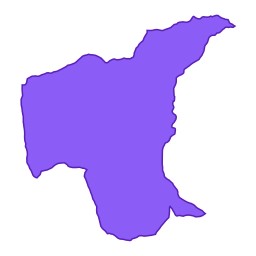 the district of Phongme, Tashigang, Bhutan
{"feature_id": "84629894B40086138337966", "entity_name": "Phongme", "entity_type": "district", "adm_level": 2, "iso_a3": "BTN", "parent_name": "Bhutan", "parent_adm1": "Tashigang", "projection": "mercator", "projection_center": [91.76, 27.408], "detail": "fine", "context": "isolated", "style": "filled", "palette": "violet", "viewbox_px": 256, "rotation_deg": 0, "n_neighbors": 0, "source": "geoboundaries", "source_scale": "gbopen_adm2", "svg_char_len": 5752}
<svg xmlns="http://www.w3.org/2000/svg" viewBox="0 0 256 256"><path d="M37.0,177.8L37.5,177.5L37.8,176.9L40.1,174.6L41.2,171.3L44.1,170.6L47.3,169.9L51.8,167.8L55.0,165.0L57.9,163.5L61.3,163.0L64.5,162.8L67.3,164.8L68.1,166.1L69.7,166.9L72.6,167.5L76.6,167.5L79.5,167.2L82.7,168.2L84.4,168.4L86.9,169.7L85.0,172.6L84.3,176.3L85.9,179.6L87.3,183.4L88.3,186.6L89.7,189.3L90.8,192.6L92.0,195.6L92.8,198.8L94.3,201.3L95.4,204.1L96.8,206.7L96.6,210.2L96.9,213.3L98.5,216.5L99.4,220.1L100.2,223.3L100.9,226.4L102.7,228.8L105.6,231.3L107.4,233.7L109.6,233.4L111.2,234.0L113.1,234.4L114.9,235.6L116.3,236.7L117.7,238.0L119.9,239.0L123.3,239.3L125.9,240.0L128.5,240.3L130.0,240.6L131.1,240.1L132.0,238.9L134.4,238.2L137.0,237.3L138.9,235.9L141.3,235.6L144.1,236.1L145.7,236.0L151.2,235.3L153.4,234.8L155.5,234.3L156.4,232.3L159.6,228.4L161.2,226.0L163.0,223.9L165.6,220.8L167.7,218.6L168.8,217.6L169.3,213.7L169.5,211.0L169.5,208.5L169.6,206.9L170.1,206.4L170.8,207.3L172.0,208.7L172.9,210.4L174.1,212.2L174.8,213.9L175.7,215.3L176.9,216.0L179.1,215.4L183.2,216.2L185.4,215.4L187.4,215.1L189.4,215.1L193.5,215.9L195.3,216.8L197.9,216.7L200.0,216.5L202.4,215.6L204.5,214.2L205.3,213.6L203.8,212.4L202.1,210.6L199.7,209.4L196.8,207.7L194.3,205.2L191.5,203.6L188.9,202.8L186.5,201.8L183.3,200.0L179.3,197.4L177.8,194.1L177.8,191.8L177.1,189.8L175.4,187.8L173.4,185.1L172.6,183.3L171.4,182.3L169.0,180.1L167.0,179.0L164.5,176.7L164.0,173.9L162.6,170.3L162.6,167.1L162.2,164.0L162.4,150.6L162.9,148.0L163.2,147.2L164.4,144.9L165.0,143.4L166.0,142.7L166.9,142.4L167.8,141.9L169.3,140.5L169.3,139.9L169.6,139.3L170.0,138.9L170.2,138.3L170.3,137.7L170.6,137.1L171.1,136.6L171.5,136.2L172.0,135.8L172.5,135.4L173.1,135.0L173.6,134.7L174.2,134.4L174.7,134.1L174.9,133.5L175.1,132.2L175.2,131.6L175.2,130.9L175.3,130.3L175.4,129.6L175.3,129.0L175.0,128.4L174.5,128.1L173.9,128.0L173.2,127.8L172.6,127.6L172.1,127.4L171.9,126.9L171.8,126.2L171.9,125.6L172.1,125.0L172.4,124.4L172.7,123.8L173.1,123.3L174.0,122.4L174.4,121.9L174.7,121.3L175.0,120.8L175.3,120.4L175.6,119.8L175.9,119.2L176.0,118.6L176.2,117.3L176.2,116.7L176.0,116.1L175.8,115.5L175.4,115.0L175.0,114.7L174.4,114.4L173.9,114.0L173.4,113.6L173.0,113.1L172.6,112.6L172.3,112.0L172.2,111.4L172.3,110.9L172.6,110.3L172.8,109.7L173.1,109.2L173.5,108.6L173.7,107.8L173.8,106.9L173.5,106.2L173.3,105.7L173.0,105.1L172.8,104.4L172.8,103.8L172.8,102.9L173.0,102.4L173.3,101.1L174.0,101.2L174.3,100.6L174.5,99.9L174.5,99.2L174.6,98.1L174.6,97.3L174.7,96.7L174.0,95.6L174.0,93.6L173.8,91.3L173.7,89.0L173.8,88.2L174.1,87.5L175.6,84.3L176.1,82.6L176.3,81.1L176.3,80.0L176.2,78.2L177.0,77.1L177.7,76.5L178.8,75.8L180.0,75.2L181.3,74.7L182.4,74.0L183.0,73.6L183.6,73.0L183.8,72.4L183.9,70.5L184.1,69.8L184.7,69.0L185.2,68.6L186.2,68.0L187.1,67.4L187.8,66.8L188.6,66.3L189.4,65.7L190.2,65.0L191.2,64.2L192.7,63.1L194.1,62.3L194.9,61.8L195.5,61.4L197.4,60.4L198.6,59.7L199.4,58.9L199.6,58.3L200.6,57.0L202.0,55.2L203.3,52.2L203.8,51.3L204.2,49.5L204.5,47.5L204.7,46.8L204.8,46.2L205.2,45.3L206.5,43.8L206.9,43.2L207.5,42.2L207.8,41.3L208.2,39.9L208.7,38.6L208.9,37.6L210.0,36.5L210.7,36.1L211.8,35.3L212.5,35.3L213.4,35.3L214.5,35.2L215.1,35.1L216.1,34.0L216.9,33.0L218.1,33.0L219.2,32.7L219.9,32.3L221.8,30.5L222.4,29.8L223.2,29.2L224.0,28.7L224.6,28.1L225.6,27.3L226.2,27.2L227.8,27.2L228.6,27.5L229.3,27.3L230.0,27.0L231.4,27.1L232.3,27.3L233.2,27.3L234.9,26.1L233.4,25.2L232.4,24.3L231.6,24.0L230.6,23.6L230.0,23.2L229.5,22.7L229.2,22.0L228.8,21.2L228.4,20.2L228.0,19.6L227.3,19.6L226.6,19.5L224.9,19.2L224.2,18.8L223.3,18.5L222.2,18.2L220.9,17.6L219.3,16.5L218.0,15.5L216.9,15.4L215.9,15.5L215.0,15.8L213.6,16.2L212.6,16.6L211.8,16.7L211.4,16.4L210.8,16.1L210.2,16.4L208.9,17.0L207.7,17.1L206.4,17.1L205.2,17.0L204.0,16.8L202.9,16.9L202.1,17.1L201.6,17.6L200.9,18.2L200.3,18.7L199.1,18.9L198.3,18.8L197.6,18.6L196.4,18.2L195.3,17.5L193.8,16.4L193.2,16.6L192.7,17.1L192.2,17.8L191.7,18.6L191.2,19.5L190.5,20.5L189.6,21.2L187.9,22.0L186.2,22.3L185.2,22.2L184.2,22.0L183.3,21.9L182.6,21.9L181.6,22.0L180.6,22.1L179.6,22.3L178.7,22.5L178.1,22.7L177.6,23.1L177.3,23.6L176.7,24.0L175.0,24.3L174.2,24.6L173.7,24.9L172.9,25.7L171.7,26.7L171.2,27.2L170.4,27.7L169.2,28.2L168.2,28.5L166.9,29.0L165.8,29.3L165.0,29.6L163.9,30.1L163.0,30.5L161.8,30.5L160.0,30.2L158.2,29.7L156.6,29.6L155.8,29.6L152.2,30.4L150.1,30.5L147.1,30.4L147.2,31.0L147.1,32.8L145.9,34.7L144.3,37.4L143.0,40.7L141.0,42.3L138.8,44.7L138.0,46.5L136.8,47.5L136.2,48.0L135.3,50.4L134.2,53.2L134.1,54.7L133.6,56.4L133.0,57.3L131.5,57.9L130.2,58.8L128.7,58.7L126.4,58.7L123.8,58.1L122.0,59.0L119.5,59.6L116.8,59.8L114.4,59.0L112.7,59.3L109.9,60.7L107.3,62.8L105.4,62.6L101.3,58.3L98.7,56.8L95.6,55.4L93.7,55.0L90.4,54.7L88.6,54.3L87.0,54.9L84.5,55.4L82.4,56.3L81.2,57.5L78.8,59.6L76.2,62.0L74.5,63.2L72.8,63.8L70.6,64.7L68.8,65.1L67.6,65.3L66.3,66.5L61.9,68.9L59.2,70.2L57.3,71.2L55.5,71.6L53.4,72.0L51.7,73.0L50.4,73.2L48.5,72.8L46.7,72.9L44.8,73.9L41.9,74.7L39.4,76.0L37.5,76.3L35.3,75.9L34.1,76.1L32.1,76.2L27.4,78.7L27.0,80.1L26.6,82.7L25.9,84.0L24.6,84.9L23.4,85.0L22.2,84.9L22.1,89.4L22.6,95.7L21.1,99.5L21.2,102.2L21.2,102.8L21.3,105.3L21.9,107.8L22.3,111.5L22.4,112.2L22.6,112.8L22.7,113.5L22.7,114.1L23.2,115.8L23.3,118.1L23.3,120.0L23.3,120.7L23.3,121.7L23.3,122.5L23.5,123.2L23.6,123.8L23.7,124.6L23.8,125.2L23.9,126.6L24.2,128.1L24.4,129.6L24.5,130.3L24.6,131.5L24.7,134.7L24.6,135.7L24.6,137.2L24.7,139.0L24.9,140.8L25.8,143.9L25.5,145.6L25.5,146.8L26.3,148.3L26.5,148.8L26.9,150.5L27.2,151.6L27.3,152.7L27.4,154.8L26.8,158.1L26.9,160.0L26.9,161.2L26.9,161.9L27.3,163.4L28.3,164.9L28.9,166.0L29.3,167.2L29.8,168.6L31.0,170.3L31.8,172.2L32.8,174.7L33.2,175.5L34.2,176.6L35.8,177.5L37.0,177.8Z" fill="#8b5cf6" stroke="#5b21b6" stroke-width="1.5"/></svg>